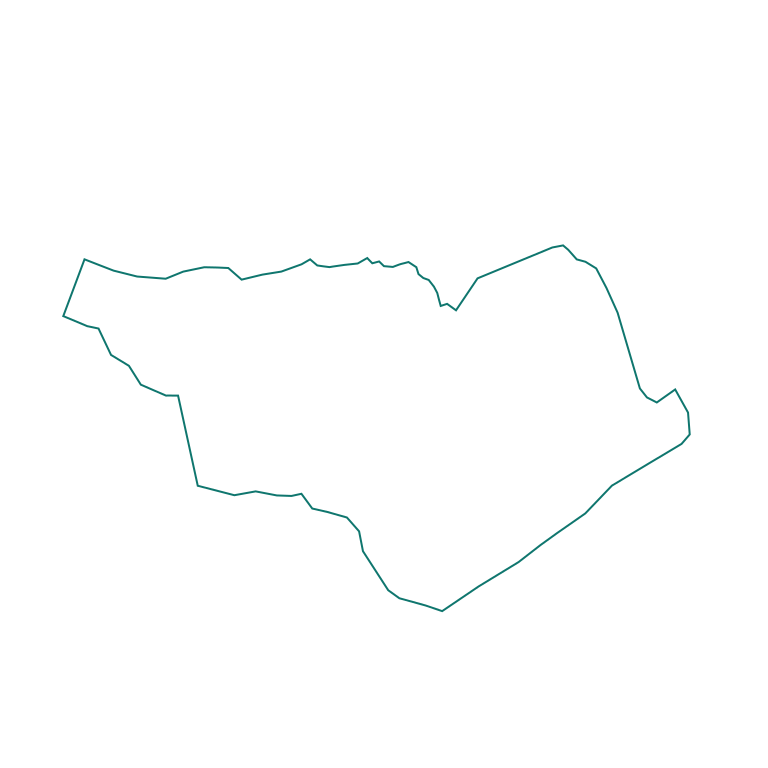 outline of Loug-Chari, Chari-Baguirmi, Chad, rotated 157°
{"feature_id": "50815135B30125763845581", "entity_name": "Loug-Chari", "entity_type": "district", "adm_level": 2, "iso_a3": "TCD", "parent_name": "Chad", "parent_adm1": "Chari-Baguirmi", "projection": "orthographic", "projection_center": [16.937, 10.387], "detail": "fine", "context": "isolated", "style": "outline", "palette": "teal", "viewbox_px": 768, "rotation_deg": 157, "n_neighbors": 0, "source": "geoboundaries", "source_scale": "gbopen_adm2", "svg_char_len": 1402}
<svg xmlns="http://www.w3.org/2000/svg" viewBox="0 0 768 768"><g transform="rotate(157 384 384)"><path d="M118.1,265.2L140.1,260.4L142.6,263.4L147.2,268.9L150.2,279.9L141.1,358.4L141.7,385.4L143.5,407.5L150.8,417.8L157.9,423.4L162.0,435.6L165.0,441.6L175.7,443.9L256.6,444.7L288.9,423.7L294.6,433.1L301.3,433.7L300.4,440.4L299.4,447.0L299.7,450.6L300.0,454.1L302.2,462.3L306.4,466.2L309.3,471.7L308.6,478.9L313.8,486.7L318.1,487.3L321.2,487.8L323.1,488.0L325.3,488.1L330.1,488.3L338.0,492.5L340.6,498.7L344.1,499.2L347.6,499.7L349.7,505.1L350.2,506.5L361.1,505.2L373.9,509.1L385.6,512.2L388.5,512.9L394.0,516.1L399.1,519.2L403.3,527.6L413.1,526.4L434.6,527.6L453.2,532.2L474.3,535.7L482.0,551.6L491.6,556.2L503.8,561.7L524.9,565.9L543.8,566.2L568.7,579.1L569.4,579.5L578.4,586.3L588.6,594.0L598.8,603.9L611.0,615.8L611.1,615.7L611.4,615.3L611.7,615.0L652.7,571.8L636.2,554.9L634.5,553.1L634.3,553.0L633.7,552.6L625.1,546.6L625.0,543.7L624.0,519.7L623.9,517.4L611.7,500.4L608.1,478.4L597.4,467.1L589.2,458.5L587.9,458.0L578.1,453.8L595.2,363.1L565.2,340.1L544.1,335.3L526.2,323.3L512.9,317.1L502.9,315.2L498.7,297.4L486.1,288.3L470.3,275.6L464.5,258.1L468.7,238.3L460.7,192.5L453.6,180.8L432.3,163.9L419.2,152.2L375.9,160.7L329.7,167.5L302.9,174.6L283.1,179.1L249.3,186.2L213.9,201.4L170.5,207.5L133.5,212.6L122.3,218.1L115.3,238.9L118.1,265.2Z" fill="none" stroke="#0f766e" stroke-width="2"/></g></svg>